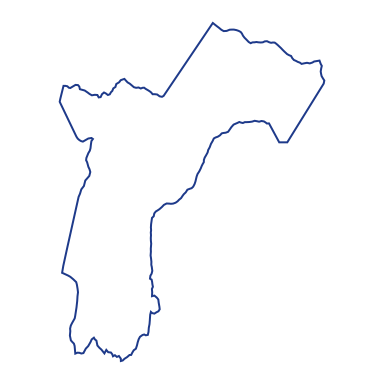 Banabuiú, Ceará, Brazil (Equal Earth projection)
{"feature_id": "56859067B2884991819750", "entity_name": "Banabuiú", "entity_type": "district", "adm_level": 2, "iso_a3": "BRA", "parent_name": "Brazil", "parent_adm1": "Ceará", "projection": "equal_earth", "projection_center": [-38.898, -5.294], "detail": "fine", "context": "isolated", "style": "outline", "palette": "blue", "viewbox_px": 384, "rotation_deg": 0, "n_neighbors": 0, "source": "geoboundaries", "source_scale": "gbopen_adm2", "svg_char_len": 3838}
<svg xmlns="http://www.w3.org/2000/svg" viewBox="0 0 384 384"><path d="M319.5,60.6L314.1,61.5L312.5,62.5L309.8,63.4L307.0,62.8L304.3,63.3L301.6,63.9L299.8,62.6L297.8,61.9L295.8,60.8L293.9,60.0L292.3,58.2L291.1,56.0L289.1,55.2L287.1,54.1L285.6,52.7L284.2,51.4L282.5,49.7L281.1,48.2L279.4,46.6L277.7,45.0L276.2,43.7L274.7,42.6L272.9,42.5L271.1,42.8L269.3,42.3L267.0,41.2L264.7,41.4L262.9,42.3L260.8,42.5L258.2,42.3L256.5,42.0L254.5,42.3L252.4,42.4L250.7,43.2L248.7,42.0L246.3,39.5L244.5,37.7L243.0,35.7L241.9,33.5L240.7,32.0L238.7,30.9L236.4,30.1L233.9,29.6L232.0,29.6L229.7,29.7L226.7,30.9L223.7,31.1L221.4,29.8L219.0,27.8L217.0,26.3L215.1,24.8L212.8,23.0L163.6,95.9L162.0,96.8L159.6,96.3L157.2,94.5L154.9,94.2L152.6,94.2L151.2,92.5L149.7,91.3L147.8,90.1L145.7,88.9L144.1,87.7L142.5,87.8L140.8,88.5L138.6,87.5L136.1,87.8L133.9,87.2L131.8,85.4L129.8,83.7L127.6,82.4L126.0,80.7L124.4,78.9L122.3,79.6L120.7,80.2L119.1,82.3L116.3,84.0L115.4,87.0L113.3,88.4L112.3,90.9L110.9,92.3L109.8,94.3L107.9,95.0L105.8,93.4L104.0,92.5L102.0,94.2L100.6,97.1L98.7,97.4L97.4,95.0L94.8,94.8L91.9,95.3L89.6,94.0L87.9,92.7L84.7,90.5L79.9,89.2L79.3,86.6L78.0,85.1L75.5,84.9L72.8,86.5L70.3,88.0L68.8,87.7L67.4,86.3L65.6,85.9L63.5,85.9L60.3,98.8L59.7,101.8L76.4,136.6L77.7,138.6L79.4,140.1L81.1,141.1L82.9,141.6L88.3,138.5L91.5,138.0L92.9,139.0L91.4,141.1L90.9,144.6L90.5,148.2L89.8,150.7L88.3,153.2L86.4,157.9L86.1,160.2L87.1,162.2L88.4,166.9L89.5,169.2L90.3,172.0L89.3,175.9L86.9,178.7L85.3,180.5L83.9,186.0L82.5,187.8L81.3,189.4L80.0,193.7L78.6,196.9L67.3,247.5L63.3,265.8L62.1,272.8L64.1,273.7L68.2,275.6L70.3,276.8L73.3,279.3L76.2,282.1L76.9,284.7L77.6,289.0L78.0,292.3L77.5,296.2L77.2,301.1L76.5,307.4L75.2,315.9L74.7,318.4L72.0,323.2L70.8,325.6L70.1,328.6L70.3,331.1L69.9,335.6L70.9,340.4L72.5,342.2L73.9,343.6L74.6,345.9L75.3,353.6L77.4,352.7L79.4,352.8L81.3,353.5L83.4,353.1L85.8,348.6L88.2,346.1L90.5,342.1L91.7,339.4L93.9,337.7L94.9,339.4L96.4,340.6L97.4,345.5L99.4,347.8L101.4,349.6L104.4,353.4L106.3,349.9L108.2,352.2L110.9,352.5L112.3,354.3L113.0,356.3L114.9,355.2L116.9,356.9L118.9,356.0L120.8,358.6L120.9,361.0L122.7,360.5L124.6,358.7L127.1,357.1L129.5,355.0L131.2,354.9L132.2,352.8L133.7,350.3L135.9,348.7L137.0,345.3L137.7,342.3L138.7,339.2L140.0,336.8L142.5,335.0L144.2,334.5L145.8,335.3L147.8,334.9L148.5,331.9L148.8,327.8L149.5,324.2L149.8,320.7L150.0,317.4L150.2,314.7L150.9,311.9L152.2,313.1L154.4,313.6L156.4,312.3L158.4,311.3L159.7,309.3L159.4,306.7L158.7,302.7L158.3,299.5L156.8,297.6L154.4,295.6L152.0,296.2L152.2,292.2L151.9,289.0L152.9,286.8L152.4,284.3L152.1,281.8L151.6,279.6L150.0,278.7L150.4,275.7L151.6,273.7L152.3,270.9L151.8,267.0L151.3,264.8L151.4,261.8L151.0,258.1L150.6,255.5L150.9,251.7L150.8,248.7L151.2,243.7L150.9,240.8L150.8,238.1L151.0,235.2L150.8,232.5L151.1,230.3L150.9,227.5L151.1,224.2L151.5,221.4L152.0,217.9L153.7,216.3L154.3,213.4L155.8,211.5L157.6,210.4L159.4,209.2L161.8,207.1L163.9,204.9L166.6,203.5L169.0,203.6L171.0,203.8L173.1,203.6L175.6,202.7L177.6,201.3L179.1,199.7L181.1,198.1L182.4,196.1L183.8,194.2L185.7,192.4L187.4,189.7L189.7,188.8L191.6,188.2L193.2,186.7L194.6,184.0L195.5,181.3L196.1,178.7L196.7,176.3L197.6,173.9L199.2,171.5L200.8,168.3L201.7,166.0L202.7,164.0L203.8,162.2L203.9,159.9L204.7,157.6L205.9,155.6L207.6,152.5L208.2,150.0L209.7,147.3L211.0,143.8L212.6,141.1L213.8,138.5L215.5,137.5L217.8,136.7L220.0,135.3L221.7,133.4L223.2,133.0L225.7,132.7L228.1,131.8L229.6,129.7L231.4,127.1L233.6,124.6L235.6,123.7L237.5,122.9L239.3,122.0L241.0,122.6L242.9,123.0L244.9,122.1L247.4,122.1L249.4,122.0L252.2,121.6L254.6,120.8L256.9,121.2L259.1,121.7L261.5,121.0L263.9,121.4L265.5,122.4L266.9,123.5L269.0,123.4L279.2,142.3L287.3,142.3L323.7,83.6L324.3,80.5L323.0,78.5L321.6,76.1L321.1,73.9L320.7,71.5L321.2,68.4L321.8,65.9L320.7,63.9L319.5,60.6Z" fill="none" stroke="#1e3a8a" stroke-width="2"/></svg>